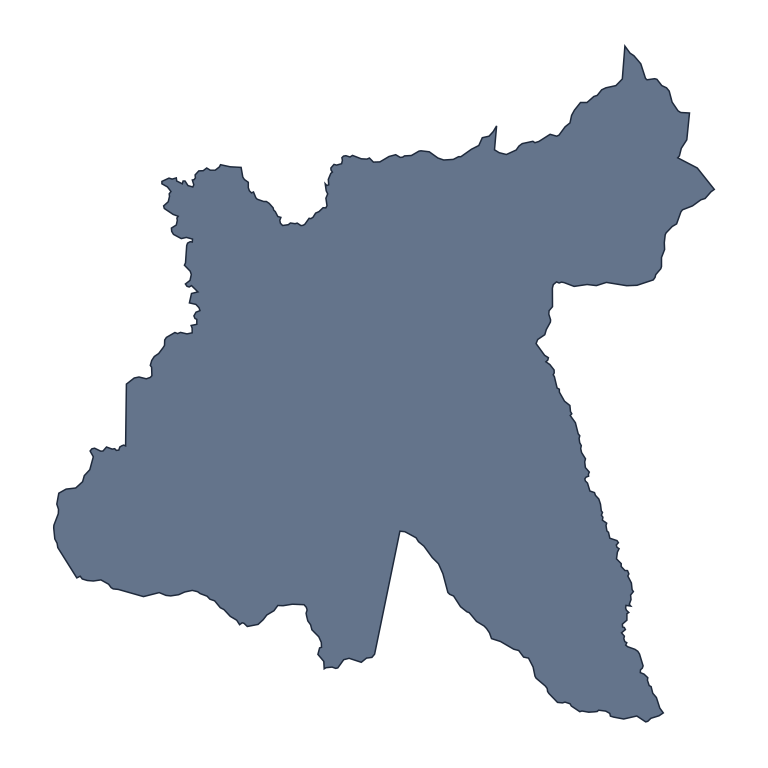 Camapuã, Mato Grosso do Sul, Brazil
{"feature_id": "56859067B86887033099940", "entity_name": "Camapuã", "entity_type": "district", "adm_level": 2, "iso_a3": "BRA", "parent_name": "Brazil", "parent_adm1": "Mato Grosso do Sul", "projection": "natural_earth1", "projection_center": [-53.845, -19.324], "detail": "fine", "context": "isolated", "style": "filled", "palette": "slate", "viewbox_px": 768, "rotation_deg": 0, "n_neighbors": 0, "source": "geoboundaries", "source_scale": "gbopen_adm2", "svg_char_len": 6092}
<svg xmlns="http://www.w3.org/2000/svg" viewBox="0 0 768 768"><path d="M627.5,570.6L624.9,570.5L621.2,566.5L621.2,563.6L616.5,558.9L617.4,552.1L619.1,548.7L617.0,547.3L616.3,545.0L618.4,542.7L617.0,540.6L609.8,538.2L608.5,532.3L606.9,530.9L606.0,525.5L606.7,523.2L602.4,520.2L602.9,517.2L601.4,515.2L602.5,512.4L601.3,510.9L600.5,504.2L598.8,499.0L595.4,495.3L594.5,492.6L589.9,491.0L587.5,483.1L585.4,481.0L584.8,478.9L586.1,477.1L588.6,476.2L588.4,474.2L589.3,472.1L585.4,467.6L584.7,461.9L585.5,458.8L581.6,452.6L580.7,448.6L581.3,445.6L579.7,442.7L579.1,438.4L579.8,435.8L578.2,433.8L575.4,422.7L570.2,415.5L571.8,413.8L570.5,411.6L569.9,405.5L564.5,401.2L559.4,392.2L559.3,389.2L557.1,388.0L554.4,376.7L553.2,374.8L554.2,372.9L554.1,370.0L549.9,364.6L545.9,361.8L547.8,360.1L548.4,357.7L544.6,355.3L536.1,343.6L537.7,339.5L544.8,334.7L546.3,329.6L550.4,322.1L550.6,319.9L548.8,314.1L549.1,310.7L552.5,306.7L552.4,288.1L553.3,284.6L556.5,281.9L559.1,283.0L561.5,282.1L564.1,282.6L574.1,286.4L587.1,284.5L596.4,285.6L606.4,282.4L626.7,285.7L637.0,285.3L653.3,279.9L655.1,277.3L655.7,274.7L660.8,268.7L661.5,266.5L661.5,257.5L664.6,249.5L664.3,242.6L665.2,234.8L666.1,232.9L672.2,226.5L676.6,223.9L680.9,211.9L682.5,209.8L692.5,205.9L700.9,199.8L705.1,198.5L711.0,191.8L714.3,189.4L697.3,168.0L677.7,157.8L679.4,155.9L681.3,148.3L686.8,139.8L689.5,113.0L680.7,112.5L678.0,110.8L672.1,102.1L669.2,91.1L666.5,87.8L661.8,85.6L656.9,79.3L654.7,78.7L647.0,79.8L645.5,78.4L640.8,63.8L634.0,55.8L630.0,53.1L624.9,46.1L622.3,79.0L615.9,85.6L605.9,87.8L601.7,89.8L597.2,95.4L593.8,96.5L587.0,102.5L580.5,102.5L574.4,110.2L571.6,115.3L570.0,122.9L565.1,126.8L559.0,135.1L556.7,136.2L550.1,134.3L538.8,141.5L534.9,142.7L532.9,141.3L522.2,143.6L518.9,146.1L516.2,150.0L506.4,154.5L499.2,152.7L494.5,149.8L496.6,125.9L493.2,131.6L489.0,136.2L482.3,137.7L478.8,145.5L471.5,149.2L460.9,156.7L458.5,156.7L453.3,159.4L443.7,160.0L437.9,158.0L429.3,151.8L421.0,150.8L419.0,151.1L411.4,155.5L404.5,155.9L402.6,157.2L400.2,157.4L395.7,154.7L389.0,156.5L379.9,161.9L373.4,162.1L369.4,158.0L367.0,159.1L361.3,158.8L352.5,155.4L350.0,157.0L345.9,155.7L343.5,156.1L341.9,157.7L342.4,160.4L341.6,163.7L336.6,165.1L334.0,164.4L330.9,168.0L331.0,170.0L332.4,172.1L330.8,173.4L328.3,179.4L328.7,184.8L326.8,185.5L325.2,183.7L326.2,190.8L327.7,193.9L325.9,198.2L327.0,205.7L325.8,207.9L323.1,207.7L319.0,211.6L315.6,213.1L313.0,217.3L310.9,218.6L309.1,218.3L304.8,224.3L303.1,225.3L301.0,225.6L297.2,223.1L295.1,223.7L290.4,223.0L288.3,224.7L282.6,225.5L280.4,223.2L279.8,220.3L280.9,217.4L277.8,216.5L275.3,211.6L273.7,210.1L273.1,207.8L269.2,203.4L266.4,201.5L263.7,201.5L257.2,199.2L255.8,197.7L253.5,192.0L251.5,192.9L249.4,190.8L248.3,187.7L248.3,182.3L244.4,179.5L242.8,177.1L241.1,167.4L230.2,166.8L220.5,164.7L219.4,166.9L215.2,170.2L210.3,170.2L206.7,168.0L203.2,170.7L198.8,170.9L195.1,174.9L195.4,177.9L194.1,179.6L192.3,180.0L193.8,184.8L192.8,187.0L188.0,185.6L185.0,181.0L183.1,181.0L182.3,183.8L176.7,181.0L176.3,177.9L172.1,179.1L169.0,178.1L161.9,181.4L161.9,183.8L167.4,186.9L171.0,191.5L169.2,193.8L169.5,196.4L168.2,201.8L163.6,205.9L164.3,208.5L173.1,214.4L178.2,216.3L176.9,218.1L177.3,220.3L176.3,225.0L171.4,228.1L171.7,231.4L173.5,234.4L181.3,238.6L186.4,237.4L192.5,239.1L192.3,242.0L190.2,241.7L187.6,243.1L186.7,245.5L185.5,262.9L184.4,265.2L190.2,271.2L191.3,274.5L190.0,280.4L185.4,284.0L187.0,286.3L189.2,287.0L191.5,285.6L197.9,291.9L191.5,293.5L189.4,302.9L195.9,304.4L199.0,307.7L200.0,310.6L196.0,312.2L193.9,315.9L195.0,318.5L196.8,319.4L196.8,324.3L191.1,325.5L192.1,328.0L192.2,332.8L187.0,333.9L180.5,332.4L177.6,333.6L174.9,332.5L166.4,337.4L164.7,340.0L164.5,345.4L163.2,347.5L158.7,353.5L154.3,356.5L151.7,360.5L150.3,365.4L151.6,367.2L151.9,375.7L150.3,377.4L146.3,378.8L139.0,377.0L134.2,378.0L126.4,384.1L125.6,445.9L123.7,445.1L122.0,445.7L119.8,447.0L118.8,450.1L116.3,450.4L114.7,448.7L112.2,449.1L106.5,447.0L103.0,451.0L100.8,451.2L94.6,448.2L91.9,448.8L90.1,451.0L93.3,456.8L89.8,469.7L84.3,475.6L82.6,481.7L75.7,488.0L66.1,489.1L58.8,493.2L56.8,504.1L58.5,509.3L58.3,513.7L53.9,525.2L53.7,527.9L54.8,538.9L57.1,543.3L57.8,547.6L76.8,577.9L80.2,576.2L82.3,579.0L87.3,580.5L93.4,581.0L100.9,579.9L108.6,584.2L111.1,587.6L113.2,588.9L118.2,589.4L143.5,596.6L159.2,592.6L166.0,595.4L170.7,595.9L178.7,594.7L184.7,592.0L192.3,590.4L197.6,591.7L200.2,593.6L207.1,596.2L209.9,599.2L214.6,600.8L220.3,607.7L224.0,609.6L230.3,616.4L236.7,620.2L239.6,624.7L242.2,622.8L244.0,623.3L247.3,626.5L258.1,624.4L263.2,619.7L266.8,615.0L274.0,610.7L277.8,605.5L283.1,605.7L292.4,604.2L304.0,604.7L306.3,607.3L307.1,610.0L306.1,613.2L306.6,616.0L307.8,620.9L310.6,624.8L311.9,629.8L318.8,636.8L321.3,642.4L321.5,647.3L319.6,647.9L317.9,654.4L323.8,661.4L324.2,668.8L326.0,667.7L332.1,667.1L335.7,668.4L337.8,667.9L343.7,659.7L349.1,658.3L361.3,662.3L366.5,658.1L371.9,657.4L374.6,654.2L399.9,531.2L404.9,531.7L416.1,537.8L418.5,541.7L423.9,546.1L432.2,557.5L438.5,563.8L442.9,573.7L447.9,592.5L449.7,594.3L453.6,596.0L460.5,606.7L466.9,611.8L469.3,612.7L476.5,621.4L484.1,626.0L486.6,628.6L489.5,632.9L491.5,638.6L500.5,641.5L513.7,649.2L518.7,650.5L523.6,657.1L528.5,658.1L533.1,667.0L535.0,676.2L536.1,678.2L545.3,686.0L547.2,688.5L547.6,691.5L548.9,693.5L557.5,702.4L562.5,702.9L565.0,702.1L570.1,703.8L571.3,706.0L579.8,711.7L581.9,711.0L588.7,712.2L594.7,711.8L597.2,711.5L598.6,710.2L605.7,711.1L609.8,713.4L610.4,716.1L613.6,717.1L623.7,719.0L636.8,716.0L645.7,721.9L647.8,721.3L650.9,718.3L659.0,715.8L663.3,712.9L659.8,708.1L656.4,697.5L652.8,693.3L651.1,686.6L649.2,685.6L647.4,680.2L647.8,677.7L644.0,674.1L640.3,672.6L640.5,669.8L642.3,668.2L643.1,665.9L639.5,654.0L637.8,651.3L634.9,649.3L627.6,646.7L625.7,645.1L626.8,642.7L624.8,641.6L623.8,638.6L624.4,636.2L621.5,632.8L625.4,629.6L624.3,627.5L622.6,627.0L622.4,624.1L626.9,620.2L626.9,613.7L628.8,612.5L626.4,610.2L625.6,608.0L626.0,605.4L630.8,606.1L629.3,604.3L631.0,599.6L630.6,595.0L633.4,591.6L632.1,589.7L631.4,583.0L627.8,576.0L628.9,573.9L627.5,570.6Z" fill="#64748b" stroke="#1e293b" stroke-width="1.5"/></svg>